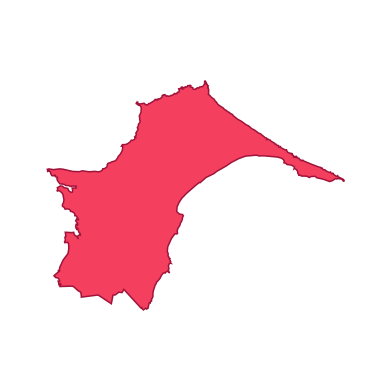 outline of Mornington Peninsula, Victoria, Australia, rotated 169°
{"feature_id": "25037944B38646980032426", "entity_name": "Mornington Peninsula", "entity_type": "district", "adm_level": 2, "iso_a3": "AUS", "parent_name": "Australia", "parent_adm1": "Victoria", "projection": "albers", "projection_center": [144.952, -38.333], "detail": "fine", "context": "isolated", "style": "filled", "palette": "rose", "viewbox_px": 384, "rotation_deg": 169, "n_neighbors": 0, "source": "geoboundaries", "source_scale": "gbopen_adm2", "svg_char_len": 6069}
<svg xmlns="http://www.w3.org/2000/svg" viewBox="0 0 384 384"><g transform="rotate(169 192 192)"><path d="M320.7,109.9L303.8,108.8L292.5,97.7L289.2,105.9L287.0,105.6L282.9,107.6L279.8,106.6L277.5,109.4L264.2,87.8L263.4,88.2L263.2,86.8L262.2,85.5L260.0,86.7L258.8,85.7L258.1,86.3L257.4,86.3L255.3,91.0L254.5,91.6L254.1,91.2L253.9,92.0L252.4,92.8L252.5,93.8L250.3,96.8L249.7,99.9L248.9,102.2L245.9,107.7L245.2,108.2L244.1,110.0L239.9,113.3L237.9,116.0L235.8,117.8L234.7,118.0L233.9,117.5L232.7,118.5L231.1,118.7L230.4,118.5L230.1,117.2L230.3,116.9L229.6,117.3L230.2,120.0L229.3,121.0L229.2,124.2L227.9,126.0L226.9,126.3L226.2,126.0L226.7,126.9L226.2,128.0L226.8,130.0L226.3,130.9L227.2,131.5L227.1,132.4L227.7,133.9L227.1,136.3L227.6,137.7L227.5,138.8L226.2,143.0L221.1,150.2L217.5,153.6L216.6,154.2L215.0,153.7L214.1,154.1L214.0,156.7L213.5,157.3L213.3,158.3L210.2,161.7L209.1,164.0L208.1,164.8L207.0,166.6L205.7,169.7L205.0,170.2L205.5,171.6L208.6,172.8L210.7,175.7L209.6,180.0L206.8,184.1L203.1,187.9L197.8,191.6L186.3,198.3L182.7,200.0L182.3,199.6L175.4,203.6L166.9,205.9L164.1,207.4L153.3,211.1L147.2,213.7L139.6,215.9L132.5,217.0L122.1,215.9L120.4,215.4L119.8,214.7L114.5,213.8L101.7,210.1L97.8,208.2L96.1,206.4L95.6,204.8L96.2,203.1L94.3,202.3L93.6,200.9L89.7,199.6L87.4,197.9L86.7,196.8L87.4,195.3L87.0,195.5L85.6,194.5L84.5,192.6L84.5,189.9L84.0,189.4L84.0,188.1L82.4,187.7L81.6,186.8L76.2,185.6L74.1,183.8L72.4,184.5L68.3,183.9L67.3,183.1L67.1,182.3L60.7,179.5L54.9,176.0L51.9,176.4L48.4,177.8L47.5,177.2L45.9,177.3L42.5,176.0L41.3,173.7L40.6,173.8L40.6,174.4L40.8,175.3L45.8,179.2L45.9,180.2L46.8,179.7L47.7,180.3L49.6,182.2L49.7,183.1L50.2,183.0L50.8,183.7L51.4,183.5L52.1,184.3L52.2,185.2L53.8,185.1L56.8,187.6L57.1,188.3L58.8,188.8L59.9,190.9L60.5,190.7L61.5,191.9L62.4,192.1L69.5,196.5L76.1,200.9L77.1,202.1L78.4,201.7L78.9,202.6L79.9,203.1L80.6,204.7L82.6,205.7L82.3,206.3L82.8,207.0L83.7,206.2L84.3,206.6L84.2,207.0L85.4,206.7L85.7,207.2L85.2,207.6L85.5,208.6L86.4,209.3L86.3,210.4L87.1,210.3L87.5,211.2L88.0,210.9L90.7,213.0L91.2,215.4L92.4,215.5L94.6,217.2L96.2,218.5L96.5,219.7L98.0,219.3L98.5,220.6L98.2,221.0L100.2,222.1L100.4,222.9L101.4,223.4L101.4,223.9L104.9,227.0L105.2,227.9L105.8,228.1L106.7,229.1L108.6,229.3L108.0,229.9L108.8,230.9L109.9,231.5L113.8,236.2L115.3,237.0L118.9,241.0L121.2,242.7L123.8,246.1L126.0,247.6L129.7,251.7L133.5,254.9L137.1,259.2L137.4,260.3L139.7,262.0L139.9,262.8L141.8,264.1L142.5,265.3L144.5,266.9L145.1,268.3L148.8,271.8L150.1,273.6L151.0,275.8L151.9,276.7L152.4,278.6L155.0,281.4L156.4,283.9L157.3,284.5L156.5,287.0L156.5,288.3L156.1,288.7L156.2,290.6L156.6,290.8L156.6,291.6L156.1,292.0L156.4,292.5L155.9,293.2L156.4,293.6L156.6,294.7L157.4,295.0L157.4,296.1L157.1,296.1L157.6,298.1L158.0,298.5L158.5,298.3L158.5,297.6L159.2,297.8L158.3,297.2L158.2,296.6L161.3,293.5L164.7,293.6L165.3,292.8L167.1,293.3L167.9,292.5L168.9,292.6L169.5,292.1L171.2,292.8L171.5,293.4L171.3,294.3L173.6,295.5L173.5,296.4L172.9,296.6L173.2,297.0L176.0,297.2L176.2,296.5L177.7,296.0L178.1,296.5L179.5,296.2L180.0,295.6L181.8,297.0L182.4,297.0L182.7,296.7L181.9,295.2L183.2,295.8L185.4,295.8L185.1,293.4L186.2,292.4L186.9,292.7L187.7,292.3L188.1,291.6L189.3,291.4L190.1,292.1L193.2,290.6L194.1,290.9L195.1,290.4L197.2,290.5L197.5,291.0L199.1,291.0L199.4,292.2L200.5,292.4L200.4,292.8L201.8,292.8L201.9,292.2L202.9,292.3L203.5,290.7L205.7,289.6L207.2,289.9L208.1,288.9L208.7,289.0L208.8,289.6L209.5,289.3L210.4,290.0L211.8,288.8L216.7,286.9L217.6,287.1L218.9,286.0L220.6,286.4L222.2,288.3L226.6,288.3L228.3,289.5L228.2,290.2L228.7,290.0L228.9,290.7L229.9,289.7L229.8,289.2L228.8,288.6L228.1,287.4L227.2,287.3L226.3,286.4L225.9,285.2L225.9,283.3L226.6,281.4L226.7,280.2L229.3,276.6L229.2,274.3L229.7,272.8L229.3,271.9L229.7,270.6L231.7,268.6L232.1,267.1L233.5,265.4L232.9,264.5L233.0,263.7L235.9,260.5L235.6,259.4L236.1,258.3L237.1,257.5L236.8,257.4L236.8,257.1L237.0,257.4L237.8,257.0L237.6,256.1L238.4,254.6L239.8,254.1L241.8,254.4L243.2,253.0L246.3,251.6L248.5,251.3L251.3,251.8L252.5,250.4L251.5,250.2L251.3,249.4L252.7,245.7L255.2,242.8L257.7,240.9L258.7,239.4L261.1,237.3L265.7,236.8L266.4,236.3L268.8,236.3L270.2,234.8L270.2,233.7L271.1,232.6L273.6,231.6L275.1,231.9L275.6,230.8L277.7,229.8L279.9,229.6L283.4,230.8L289.2,231.5L295.5,233.7L299.0,233.5L305.3,235.0L314.3,239.0L317.7,240.0L323.7,240.4L328.2,242.0L329.7,241.9L329.7,239.7L329.1,239.8L329.0,240.8L327.6,240.8L328.8,240.3L327.1,238.6L327.1,236.7L326.5,235.0L325.6,234.4L323.2,234.6L322.9,234.2L323.4,233.6L323.2,233.2L321.3,232.0L321.4,231.4L322.1,230.8L321.8,228.6L320.1,225.2L316.4,224.1L314.5,222.4L311.9,221.9L310.2,220.6L308.5,220.7L304.6,219.8L305.0,219.3L305.0,218.0L308.9,218.8L308.9,216.2L309.5,214.7L310.8,214.7L312.7,216.7L313.2,219.2L316.8,220.7L318.0,222.4L320.0,223.1L323.4,221.9L323.3,220.2L324.2,219.0L323.7,218.5L323.0,218.9L321.9,218.5L319.9,216.1L319.2,214.3L319.2,208.7L320.2,206.1L321.6,204.4L321.9,202.7L320.4,201.2L319.9,199.4L317.1,199.1L315.8,198.4L315.0,197.4L314.9,196.1L313.3,195.5L311.8,194.0L311.2,192.9L311.6,191.1L310.1,190.6L309.7,189.8L309.7,188.6L309.1,188.1L309.3,188.0L309.1,186.8L308.7,186.4L308.5,185.7L309.4,187.1L310.3,187.6L311.7,186.0L310.3,183.2L310.3,181.8L310.7,181.3L311.4,182.5L311.9,182.5L312.9,180.0L312.4,178.8L311.7,178.9L312.2,178.6L311.8,178.4L312.5,178.3L312.3,177.3L311.3,177.4L310.6,173.7L309.7,172.5L310.6,171.6L309.2,170.4L310.8,171.4L312.6,170.5L313.1,169.2L312.7,168.6L312.7,168.3L313.3,168.8L313.4,170.5L314.4,171.0L315.7,172.6L315.8,175.0L318.3,175.2L324.1,176.7L324.3,172.5L325.4,171.9L325.5,168.6L326.6,167.7L326.5,166.5L323.5,166.3L323.1,164.5L323.6,160.4L325.5,155.2L331.2,150.1L332.6,148.3L336.1,143.4L337.3,140.4L338.2,140.4L338.3,139.5L337.7,139.4L343.4,136.3L343.3,135.5L342.4,134.9L342.3,134.1L340.1,133.2L339.3,132.1L339.0,129.7L340.4,130.0L340.3,128.6L339.7,127.3L340.3,127.2L340.3,126.2L338.9,126.2L338.4,126.7L338.3,126.4L338.9,125.5L339.6,125.6L339.7,124.4L327.7,122.5L326.0,121.4L322.8,117.0L320.5,115.0L320.3,112.8L320.7,109.9Z" fill="#f43f5e" stroke="#9f1239" stroke-width="1.5"/></g></svg>